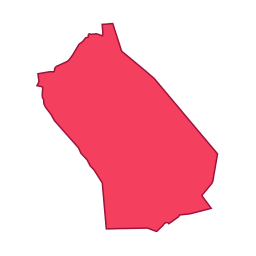 the border of Agadez, rotated 85°
{"feature_id": "NER-800", "entity_name": "Agadez", "entity_type": "Department", "adm_level": 1, "iso_a3": "NER", "parent_name": "Niger", "parent_adm1": "", "projection": "natural_earth1", "projection_center": [10.912, 19.426], "detail": "fine", "context": "isolated", "style": "filled", "palette": "rose", "viewbox_px": 256, "rotation_deg": 85, "n_neighbors": 0, "source": "natural_earth", "source_scale": "10m", "svg_char_len": 3801}
<svg xmlns="http://www.w3.org/2000/svg" viewBox="0 0 256 256"><g transform="rotate(85 128 128)"><path d="M161.6,41.0L163.1,41.5L164.7,41.9L166.3,42.3L167.9,42.7L169.4,43.1L171.0,43.6L172.6,44.0L174.2,44.4L175.7,44.8L177.3,45.2L178.9,45.6L180.5,46.1L182.0,46.5L183.6,46.9L185.2,47.3L186.8,47.7L188.6,48.2L190.7,49.5L191.7,50.5L193.9,52.7L196.2,54.9L198.4,57.1L200.6,59.3L201.5,60.1L202.0,60.2L203.1,59.5L206.2,57.7L209.2,55.8L212.2,54.0L215.3,52.1L215.5,53.5L215.7,54.8L216.0,56.1L216.2,57.5L216.4,58.8L216.6,60.1L216.9,61.5L217.1,62.8L217.3,64.1L217.5,65.5L217.8,66.8L218.0,68.1L218.2,69.5L218.4,70.8L218.6,71.7L218.7,72.6L218.9,73.5L218.9,73.9L218.9,75.0L219.0,76.6L219.0,78.4L219.0,80.2L219.1,81.7L219.1,82.8L219.1,83.3L219.1,83.8L219.2,84.2L219.5,84.5L220.3,85.0L220.7,85.2L221.3,86.1L221.7,86.8L222.0,87.3L222.3,87.8L222.6,88.4L222.9,88.9L223.2,89.4L223.5,89.9L223.8,90.5L224.2,91.0L224.5,91.5L224.8,92.0L225.1,92.5L225.4,93.1L225.7,93.6L226.0,94.1L226.3,94.6L226.6,95.1L226.9,95.7L226.2,96.1L225.7,96.9L225.6,97.9L225.7,98.9L226.0,99.4L226.2,99.9L226.5,100.3L228.0,101.6L228.5,102.2L229.6,103.5L230.6,104.8L231.7,106.1L232.7,107.4L233.2,107.9L233.4,108.4L233.5,108.7L233.3,109.1L233.0,109.8L232.3,111.3L231.6,112.8L230.9,114.2L230.1,115.7L229.9,116.2L229.3,117.9L229.3,118.8L229.2,119.8L229.1,120.7L229.1,121.7L229.0,122.7L228.9,123.7L228.9,124.6L228.8,125.6L228.8,126.6L228.7,127.5L228.6,128.5L228.6,129.5L228.5,130.4L228.4,131.4L228.4,132.4L228.3,133.3L228.2,134.3L228.2,135.3L228.1,136.3L228.0,137.2L228.0,138.2L227.9,139.2L227.8,140.1L227.8,141.1L227.7,142.1L227.6,143.0L227.6,144.0L227.5,145.0L227.4,146.0L227.4,146.9L227.3,147.9L227.2,148.9L227.2,149.8L227.1,150.8L227.1,151.8L227.0,152.7L226.9,153.7L226.9,154.7L226.8,155.6L226.7,156.6L226.7,157.6L226.6,158.4L226.4,158.4L180.4,158.4L166.6,165.6L163.0,168.5L162.7,168.8L162.3,169.0L156.2,171.5L148.8,177.2L143.5,179.0L114.0,200.8L107.6,203.6L100.2,208.3L96.9,209.6L95.8,209.7L92.5,209.6L92.2,209.7L91.8,209.7L90.4,210.6L87.3,210.6L80.1,209.4L79.3,210.3L77.9,215.0L74.2,212.7L73.3,212.7L66.1,213.0L65.1,200.8L65.5,197.4L65.5,197.1L65.4,196.8L65.1,196.6L62.3,195.7L62.2,195.7L60.7,194.4L60.5,194.2L60.2,193.5L60.2,193.3L56.3,182.5L56.2,182.4L54.6,180.4L50.6,176.9L41.0,170.0L40.6,169.7L40.2,169.3L37.9,165.6L34.8,162.7L34.5,162.4L34.4,162.1L34.0,159.9L33.9,159.6L33.7,159.5L31.8,159.4L31.5,159.3L31.2,159.1L31.0,158.7L30.9,158.5L30.9,158.3L30.8,158.2L30.9,157.9L31.0,157.7L31.5,156.7L31.5,156.4L31.4,153.9L31.5,153.4L31.6,153.2L31.5,152.7L31.4,152.4L31.3,151.9L31.3,151.7L31.4,151.4L31.5,150.9L33.9,145.4L32.2,144.8L22.8,144.7L22.5,144.7L22.6,142.0L22.6,139.4L22.6,136.7L22.6,134.1L26.0,133.3L29.4,132.6L32.8,131.8L36.2,131.0L38.0,130.6L41.9,129.7L45.9,128.8L47.7,128.4L50.0,127.9L50.8,127.6L51.6,127.0L53.0,125.5L54.2,124.4L55.3,123.2L56.4,122.1L57.6,120.9L58.7,119.7L59.9,118.6L61.0,117.4L62.1,116.3L63.3,115.1L64.4,114.0L65.6,112.8L66.7,111.7L67.8,110.5L69.0,109.4L70.1,108.2L71.3,107.1L72.3,106.0L73.0,105.3L74.4,104.0L75.7,102.7L77.0,101.5L78.2,100.3L79.5,99.0L81.3,97.3L83.7,95.7L84.9,94.8L86.1,94.0L87.3,93.1L88.6,92.3L89.8,91.4L91.0,90.6L92.2,89.7L93.5,88.8L94.7,88.0L95.9,87.1L97.1,86.3L98.3,85.4L99.6,84.6L100.8,83.7L102.0,82.9L103.2,82.0L104.4,81.2L105.7,80.3L106.9,79.5L108.1,78.6L109.3,77.7L110.5,76.9L111.8,76.0L113.0,75.2L114.2,74.3L115.4,73.5L116.6,72.6L117.9,71.8L119.1,70.9L120.3,70.1L121.5,69.2L122.7,68.4L123.9,67.5L125.2,66.7L126.4,65.8L127.6,64.9L128.8,64.1L130.0,63.2L131.2,62.4L132.5,61.5L133.7,60.7L134.9,59.8L136.1,59.0L137.3,58.1L138.5,57.3L139.7,56.4L141.0,55.6L142.2,54.7L143.4,53.8L144.6,53.0L145.8,52.1L147.0,51.3L148.2,50.4L149.5,49.6L150.7,48.7L151.9,47.9L153.1,47.0L154.3,46.2L155.5,45.3L156.7,44.5L157.9,43.6L159.2,42.7L160.4,41.9L161.6,41.0Z" fill="#f43f5e" stroke="#9f1239" stroke-width="1.5"/></g></svg>